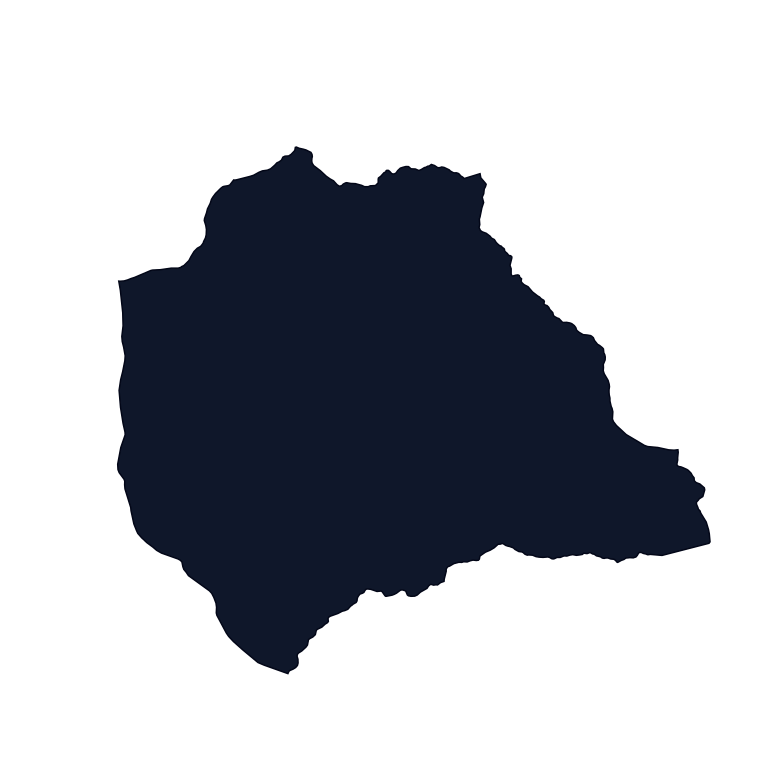 outline of Passabe, Ambeno, East Timor, rotated 254°
{"feature_id": "22284137B78589082369873", "entity_name": "Passabe", "entity_type": "district", "adm_level": 2, "iso_a3": "TLS", "parent_name": "East Timor", "parent_adm1": "Ambeno", "projection": "natural_earth1", "projection_center": [124.316, -9.462], "detail": "fine", "context": "isolated", "style": "filled", "palette": "ink", "viewbox_px": 768, "rotation_deg": 254, "n_neighbors": 0, "source": "geoboundaries", "source_scale": "gbopen_adm2", "svg_char_len": 6171}
<svg xmlns="http://www.w3.org/2000/svg" viewBox="0 0 768 768"><g transform="rotate(254 384 384)"><path d="M132.1,211.8L134.0,213.4L134.5,214.4L135.0,218.1L135.8,220.9L137.3,223.2L139.5,224.5L143.1,225.4L146.1,225.4L147.0,225.7L148.3,226.6L149.0,227.7L150.0,231.3L152.6,236.5L154.2,238.5L159.0,240.9L159.7,242.4L160.4,245.8L162.0,248.9L165.5,250.8L166.5,251.9L167.4,257.2L169.4,261.2L170.2,264.0L171.2,265.1L173.9,265.5L175.1,266.6L175.6,268.3L176.1,276.4L177.1,281.2L177.0,283.9L177.4,287.1L179.8,290.8L180.0,291.8L180.9,293.7L181.7,297.0L183.0,298.3L185.0,299.1L186.3,300.0L187.5,301.3L188.7,303.0L188.8,305.5L189.2,307.2L190.8,308.8L191.7,310.2L191.5,311.8L190.2,314.8L186.5,320.1L185.8,324.1L185.0,324.9L180.1,326.6L179.5,327.1L179.3,327.8L178.8,333.6L179.0,335.9L179.5,338.4L181.2,342.8L181.2,344.3L180.8,345.3L179.1,347.8L174.8,348.3L173.7,349.1L172.5,351.4L171.6,355.1L172.0,357.8L173.9,361.6L175.7,369.0L177.6,371.2L178.3,372.7L178.5,373.9L177.0,376.2L176.7,378.5L176.1,380.1L177.5,383.6L177.7,387.3L179.8,388.1L186.7,392.1L189.0,392.8L190.7,394.7L190.9,397.0L192.1,401.7L192.0,406.8L191.1,409.6L191.2,411.5L190.0,415.0L190.3,417.9L190.2,421.0L188.9,424.1L188.6,426.2L189.4,427.4L191.7,428.5L192.3,429.1L194.4,435.2L195.0,440.3L196.2,444.8L198.5,449.5L198.0,451.8L198.1,453.4L197.8,454.4L195.3,456.5L193.8,458.7L193.3,459.8L190.8,463.2L188.9,464.3L185.8,467.4L184.5,470.4L183.6,471.3L181.5,472.6L180.0,474.5L179.8,476.0L178.5,479.6L176.2,482.5L174.9,485.2L173.5,489.1L172.6,493.8L171.7,495.3L169.8,497.1L169.2,498.4L169.1,499.6L169.6,502.5L168.7,505.7L169.1,509.0L169.0,510.1L168.2,512.4L168.3,515.4L168.0,518.3L166.3,521.7L165.8,524.8L165.5,527.7L166.3,529.4L165.0,532.4L165.2,535.4L164.6,536.3L163.2,537.6L162.4,539.2L160.3,540.8L158.2,544.5L156.9,545.5L156.2,546.4L155.7,547.6L155.6,549.3L155.0,551.4L153.3,553.7L152.2,556.6L150.7,557.9L148.6,558.8L148.1,559.5L149.0,563.4L149.2,566.3L150.0,568.5L149.3,572.5L148.2,575.7L148.3,578.5L149.5,580.3L151.4,582.2L151.6,583.6L151.0,585.1L149.7,586.5L148.3,589.1L147.4,590.1L147.0,591.3L146.9,592.8L142.6,604.0L141.3,652.5L142.4,653.9L150.3,655.4L154.4,655.8L162.5,655.7L172.6,652.9L174.9,652.8L177.0,651.7L178.8,651.7L181.7,651.3L183.1,651.4L184.4,651.9L185.7,654.1L186.7,655.3L188.0,659.5L193.8,663.1L195.9,663.3L200.8,660.1L203.2,656.9L204.9,655.9L205.9,655.7L208.4,656.2L210.8,655.2L213.6,654.6L217.1,652.7L218.4,651.6L221.1,648.4L222.5,646.6L223.4,644.7L224.6,643.5L226.2,643.4L230.0,645.4L232.0,645.9L237.3,648.0L239.8,648.4L240.4,644.7L242.2,639.6L247.5,629.7L251.2,620.2L253.2,617.4L268.6,602.9L280.0,596.0L284.5,594.2L287.3,593.9L294.2,596.3L297.8,596.5L299.7,596.2L305.3,596.5L308.2,597.3L311.4,597.5L313.9,598.0L316.4,598.7L319.2,600.0L321.8,600.4L325.7,600.4L333.1,598.5L336.3,598.4L339.3,599.5L342.4,600.2L346.2,603.2L348.9,604.1L351.1,604.3L353.5,603.9L357.2,604.6L358.6,604.0L361.6,601.9L363.3,600.2L367.9,598.3L370.8,598.0L372.8,596.7L373.6,595.9L375.1,592.8L376.5,589.1L377.3,588.3L379.8,585.9L382.1,584.3L382.9,584.0L385.4,583.9L387.7,583.0L390.3,581.1L391.4,579.6L392.9,576.6L393.9,572.7L398.7,570.2L399.6,568.8L402.2,566.2L403.7,565.8L406.1,565.9L410.0,563.9L412.3,563.5L414.5,562.3L415.4,560.8L416.7,559.9L417.2,559.9L419.2,560.9L420.5,560.6L422.6,558.6L424.7,557.5L426.5,555.8L431.6,552.1L437.8,549.3L440.9,546.0L443.2,544.6L444.9,544.1L447.2,545.2L449.2,543.9L450.9,543.9L451.6,543.3L452.0,542.6L452.3,540.6L452.3,537.5L452.8,536.8L454.6,536.5L459.8,538.0L463.3,537.8L469.7,541.5L470.8,541.9L471.3,541.8L472.4,541.1L473.1,539.6L473.5,539.2L475.5,538.5L477.6,537.1L478.7,536.7L480.5,536.9L481.4,536.5L482.5,535.5L484.3,534.6L485.1,533.3L487.7,531.6L489.3,530.8L492.4,529.9L494.7,527.5L496.7,526.8L500.7,523.8L503.2,520.4L505.0,519.0L508.2,518.5L510.8,520.0L516.2,521.1L518.2,522.4L526.3,526.6L531.0,529.8L536.5,529.9L539.4,532.3L543.8,534.1L545.7,535.9L547.7,537.2L548.4,537.1L555.5,533.9L559.7,534.3L559.4,517.8L561.3,516.6L562.9,515.1L565.0,514.2L566.1,513.3L567.0,511.9L567.6,509.7L568.1,508.8L570.4,506.5L571.9,505.7L575.6,501.5L576.7,499.3L576.6,497.3L577.1,495.3L580.1,492.8L582.0,490.0L581.1,487.6L581.3,486.0L580.8,484.0L580.9,482.5L579.9,478.9L579.6,476.6L580.1,475.7L582.0,473.5L583.4,469.3L586.2,467.5L587.0,465.1L587.1,462.2L587.0,459.2L585.4,456.1L583.5,453.7L583.1,451.8L583.5,450.4L584.1,449.4L586.4,448.3L588.1,447.2L588.6,445.5L588.4,444.8L587.4,444.1L587.1,442.2L584.5,438.0L583.6,435.5L582.6,434.9L579.0,433.9L577.4,431.0L577.2,430.2L578.3,425.4L578.0,423.2L579.0,419.7L581.1,417.3L584.5,411.7L586.0,407.2L587.8,403.6L587.9,402.4L587.4,399.9L586.3,398.0L586.4,395.6L588.5,393.8L593.2,391.5L596.0,388.7L599.6,385.8L606.6,381.6L613.3,376.6L616.1,375.8L618.3,376.0L620.8,376.9L622.4,377.8L624.6,378.1L626.8,377.6L630.5,373.5L632.0,371.1L634.0,367.4L635.9,365.1L635.9,364.0L633.6,362.9L632.8,362.2L630.4,358.1L629.5,355.3L630.3,351.6L629.9,349.3L627.5,347.2L626.5,344.6L626.1,342.0L624.4,339.2L622.1,334.3L621.7,330.8L622.4,325.8L622.0,322.2L620.6,316.1L620.5,312.0L620.9,298.9L621.1,296.8L621.6,295.8L617.8,290.6L617.6,288.9L618.1,284.6L618.0,283.2L617.1,281.0L613.6,274.6L611.1,271.3L609.1,269.1L605.6,266.8L601.0,262.6L597.5,260.6L592.5,257.1L590.6,256.3L585.5,256.4L581.5,255.9L576.4,254.2L573.6,252.6L570.7,249.9L569.4,249.1L568.1,247.5L566.8,245.6L566.0,242.0L563.7,237.9L559.8,233.7L556.4,230.5L553.0,224.3L552.6,221.7L552.1,220.8L552.1,218.0L554.0,211.5L555.5,200.6L557.3,192.9L557.4,191.2L555.2,173.6L555.1,170.0L554.7,166.2L554.7,162.6L555.5,158.7L556.0,157.4L546.8,156.4L524.5,152.5L511.8,149.2L502.0,145.1L497.0,144.1L491.2,143.9L482.5,143.0L477.8,141.3L467.9,136.2L460.8,132.1L450.9,127.6L434.2,124.3L417.9,122.3L409.2,121.8L406.5,121.2L395.5,113.5L380.3,105.9L375.0,104.7L371.8,105.0L364.0,107.9L362.0,108.0L358.6,106.9L354.5,106.1L335.1,106.5L331.9,105.9L318.4,105.0L311.3,105.7L308.2,106.2L302.9,108.7L296.9,112.3L290.9,116.9L286.8,119.6L282.8,123.5L272.5,137.9L270.6,139.7L268.6,140.7L263.7,140.3L260.9,140.5L257.5,142.0L253.7,143.2L233.3,159.2L230.3,160.7L225.8,161.6L219.7,162.1L215.5,161.5L210.2,159.7L207.7,159.6L188.1,163.8L184.2,165.1L177.9,168.3L167.3,175.0L151.0,186.1L146.7,191.4L132.1,211.8Z" fill="#0f172a" stroke="#020617" stroke-width="1.5"/></g></svg>